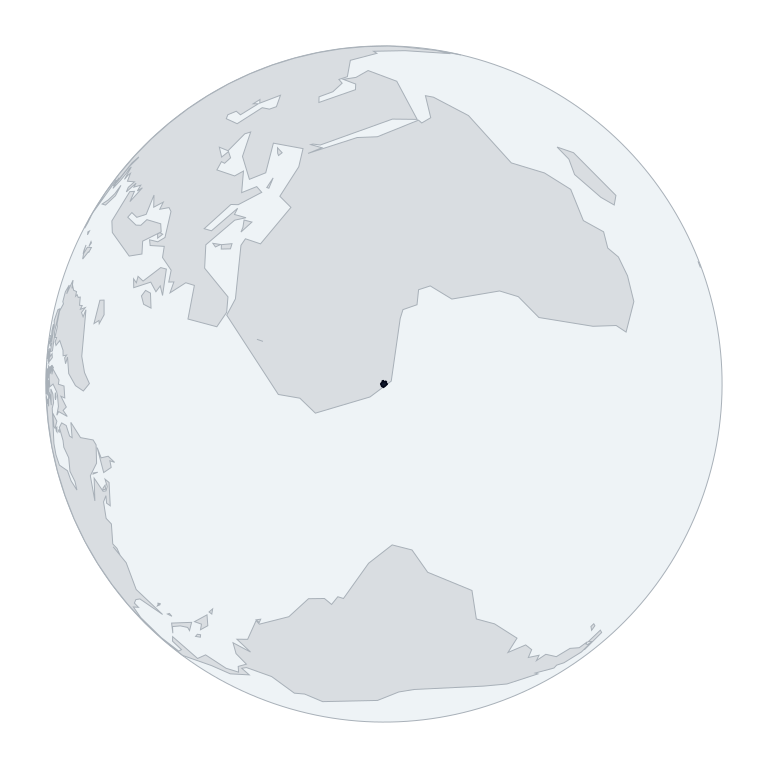 Sinoe on an orthographic globe, rotated 289°
{"feature_id": "LBR-782", "entity_name": "Sinoe", "entity_type": "County", "adm_level": 1, "iso_a3": "LBR", "parent_name": "Liberia", "parent_adm1": "", "projection": "orthographic", "projection_center": [-8.843, 5.349], "detail": "fine", "context": "on_globe", "style": "filled", "palette": "ink", "viewbox_px": 768, "rotation_deg": 289, "n_neighbors": 0, "source": "natural_earth", "source_scale": "10m", "svg_char_len": 9485}
<svg xmlns="http://www.w3.org/2000/svg" viewBox="0 0 768 768"><g transform="rotate(289 384 384)"><circle cx="384" cy="384" r="338" fill="#eef3f6" stroke="#a8b0b8"/><path d="M261.9,68.9L256.0,71.3L262.6,68.8L255.6,72.3L260.6,71.0L253.7,74.2L263.7,70.7L269.0,68.1L275.2,65.9L278.6,65.3L270.4,68.8L267.5,69.7L266.9,70.5L261.3,72.7L266.0,71.2L255.7,76.3L270.9,70.6L266.8,74.1L258.6,77.7L253.1,78.2L220.2,91.3L210.2,96.9L201.6,103.5L198.9,113.0L190.5,119.7L183.7,128.2L191.3,123.5L199.2,115.5L211.6,109.9L219.9,101.9L226.1,98.9L237.2,91.2L242.3,91.9L241.3,97.0L232.4,103.7L231.7,106.6L245.8,100.4L234.5,114.5L236.4,127.2L232.7,131.6L215.6,138.0L201.6,136.2L179.3,148.7L200.6,140.6L191.1,153.3L192.4,155.9L196.9,155.7L203.2,151.2L201.4,156.1L179.7,164.8L181.0,160.5L187.9,157.4L181.2,157.2L166.5,165.0L162.9,171.8L144.5,179.6L141.7,185.0L136.1,190.3L141.9,180.9L131.1,198.4L109.0,216.6L94.0,249.7L101.3,223.2L99.4,219.6L95.6,219.3L92.9,224.6L91.6,219.6L84.0,230.0L71.7,256.0L64.6,276.9L66.9,279.0L72.0,267.8L76.3,266.4L63.8,297.1L69.8,303.5L63.8,327.2L64.2,340.3L69.5,338.1L74.3,345.1L80.9,331.9L90.2,325.5L87.1,345.1L94.8,328.0L98.2,338.2L118.7,340.1L116.3,344.3L133.0,369.8L156.4,382.5L161.8,397.5L158.5,406.2L167.8,409.6L168.0,415.5L209.5,427.8L234.5,444.1L236.2,464.5L220.2,486.6L217.4,534.4L191.9,547.8L193.2,566.6L187.0,592.5L170.5,588.6L183.4,602.9L180.9,610.1L172.4,609.5L178.0,618.9L172.1,618.2L181.1,625.0L182.3,635.7L194.6,646.0L198.2,654.4L206.5,660.2L203.9,659.6L204.0,661.3L207.7,664.3L194.9,657.9L179.0,644.9L174.4,638.8L170.8,637.2L159.9,621.0L160.0,623.9L140.4,597.9L130.8,576.6L105.0,512.0L97.6,498.2L82.7,480.9L63.7,429.4L65.0,409.9L62.5,399.9L70.8,373.0L71.1,346.3L68.9,342.0L65.1,351.3L59.9,333.0L61.6,312.6L61.8,282.1L70.3,258.4L80.5,235.3L92.5,213.1L106.0,191.9L121.1,171.7L137.6,152.7L155.5,135.0L174.7,118.7L195.1,103.8L216.4,90.5L238.8,78.9L261.9,68.9ZM88.8,261.0L96.0,279.7L87.5,280.4L89.9,277.6L89.0,270.2L85.8,263.0L79.6,265.5L88.8,261.0ZM101.9,243.6L100.3,241.9L102.5,242.2L101.9,243.6ZM233.6,91.6L235.3,91.4L232.4,92.9L233.6,91.6ZM236.8,88.7L232.1,90.5L232.9,89.4L235.8,88.3L236.8,88.7ZM242.3,86.8L235.0,87.4L236.5,85.6L248.7,80.2L242.3,86.8ZM269.2,67.7L263.7,70.3L265.1,68.9L269.2,67.7ZM273.8,64.6L273.6,64.6L276.6,63.6L288.9,59.7L290.9,59.2L286.8,60.5L279.0,63.0L287.6,60.5L268.6,67.4L264.5,67.9L273.8,64.6ZM277.7,65.0L276.0,65.1L284.4,62.0L289.5,61.2L285.2,62.4L277.7,65.0ZM294.1,58.3L291.9,58.9L290.6,59.2L294.1,58.3ZM285.0,62.8L291.9,61.0L291.0,62.1L280.0,64.7L285.0,62.8ZM284.5,61.6L288.8,60.2L288.0,60.7L284.5,61.6ZM291.9,66.1L289.6,65.6L293.8,63.8L291.9,66.1ZM294.5,60.3L294.8,60.0L296.2,59.4L300.4,58.6L294.5,60.3ZM298.0,57.3L299.7,57.0L302.4,56.1L308.3,54.8L300.6,56.9L306.3,55.5L308.2,55.1L299.9,57.4L298.0,57.3ZM309.0,56.2L301.2,59.4L304.6,60.3L300.9,61.8L296.2,60.2L309.0,56.2ZM304.3,56.6L306.4,56.6L300.8,58.1L296.0,59.0L304.3,56.6ZM310.9,54.1L315.0,53.3L308.7,54.6L310.9,54.1ZM311.0,56.1L312.9,55.4L311.9,56.0L311.0,56.1ZM315.0,53.7L312.3,54.1L314.5,53.5L315.0,53.7ZM318.8,53.9L316.3,54.8L312.9,55.3L318.8,53.9ZM317.9,53.5L321.7,52.7L313.2,54.9L316.4,53.7L317.9,53.5ZM317.6,53.1L318.0,52.9L318.4,53.0L317.6,53.1ZM333.0,52.0L323.1,54.7L315.7,55.5L326.3,52.7L333.0,52.0ZM219.9,670.7L197.8,659.9L208.5,665.1L206.8,661.0L221.7,668.7L219.9,670.7ZM218.7,660.5L222.1,658.6L225.6,660.4L224.1,662.1L218.7,660.5ZM705.0,278.3L709.0,292.3L716.3,324.2L718.0,339.3L706.0,295.3L695.2,265.8L694.3,269.6L679.1,246.8L662.6,249.3L657.3,242.2L654.8,246.5L643.7,240.5L634.4,229.1L629.0,230.8L653.0,261.2L658.4,259.6L658.8,246.3L664.8,257.7L675.2,266.9L674.4,297.5L645.0,329.2L637.2,305.7L589.2,245.9L587.8,238.9L587.4,238.1L586.5,236.8L587.2,248.4L577.3,237.1L608.3,278.4L615.6,297.2L644.7,330.7L643.1,334.7L651.0,341.5L670.1,329.3L671.3,337.4L665.3,376.5L634.5,432.4L635.8,467.0L628.8,497.2L603.4,519.3L599.4,542.1L585.4,551.3L580.4,564.3L565.6,579.0L543.3,593.4L511.9,596.0L514.9,584.5L506.6,562.8L497.3,508.8L510.3,482.6L509.6,463.0L486.4,420.5L491.8,395.8L484.4,386.0L469.7,389.4L460.5,377.7L451.2,378.0L389.1,389.9L367.2,375.0L334.1,328.6L343.2,309.1L339.7,287.5L397.9,212.9L416.1,215.8L468.6,203.6L476.2,205.7L476.3,221.6L520.7,238.5L527.6,224.4L561.6,232.7L580.2,230.8L575.7,201.0L545.2,203.4L533.7,190.1L553.1,176.1L578.9,175.9L575.2,170.9L553.8,160.6L554.3,151.2L545.7,156.6L553.1,161.3L547.9,165.3L540.8,161.4L541.3,157.9L532.0,156.3L532.1,175.0L539.6,181.8L518.6,187.1L529.2,199.4L525.4,206.0L506.1,187.8L503.9,180.8L472.3,163.4L472.7,171.0L502.5,188.4L495.6,187.4L496.3,199.4L490.3,189.5L457.6,170.2L435.1,176.7L415.6,208.1L400.5,211.9L383.7,207.3L381.6,177.5L415.5,172.6L415.2,163.6L400.5,152.0L412.1,152.1L410.3,147.3L422.3,145.7L431.5,133.4L442.6,131.4L438.8,117.8L444.0,115.4L444.8,123.8L451.2,129.2L477.8,126.4L480.8,123.3L476.2,115.1L484.1,116.1L476.2,108.7L487.8,105.0L467.0,103.9L461.1,96.0L464.0,89.8L458.3,87.4L453.5,97.8L454.9,102.4L462.2,106.3L462.8,120.7L455.3,123.8L440.5,109.3L428.1,112.8L422.0,101.4L438.8,77.8L449.6,73.6L483.1,81.0L484.9,85.3L473.7,84.4L490.9,91.7L486.2,87.9L492.8,89.3L488.7,83.4L493.2,84.2L481.7,77.8L486.7,78.2L493.9,82.2L492.2,75.4L500.6,75.7L498.0,73.9L493.0,72.0L507.0,74.4L504.5,73.1L499.0,71.7L490.4,68.4L480.7,64.0L486.1,65.0L490.3,66.7L507.3,72.7L517.7,78.0L518.9,78.2L511.2,73.8L490.5,66.4L483.1,63.6L492.8,66.4L488.7,65.1L486.7,64.1L489.8,64.4L479.1,61.3L450.2,52.6L450.7,52.7L473.8,58.2L496.4,65.3L518.5,74.0L539.9,84.2L560.6,95.9L580.4,109.0L599.2,123.5L617.0,139.2L633.6,156.2L649.0,174.3L663.0,193.4L675.7,213.5L687.0,234.4L696.7,256.0L705.0,278.3ZM384.9,249.3L384.9,255.7L384.9,249.3ZM611.2,192.0L623.3,192.1L609.1,175.1L612.6,174.1L606.4,169.1L608.0,173.9L591.8,160.6L593.8,155.5L587.8,148.7L583.5,148.5L582.3,160.4L605.6,178.9L606.6,186.2L611.2,192.0ZM119.4,339.9L121.5,344.0L117.9,343.7L119.4,339.9ZM84.0,288.0L86.6,289.0L87.2,292.2L84.8,292.8L84.0,288.0ZM111.5,292.8L115.6,295.2L110.4,296.1L111.5,292.8ZM97.6,282.2L108.1,291.8L98.1,296.1L91.9,290.5L97.5,289.6L97.6,282.2ZM96.0,254.1L97.2,255.8L95.3,259.1L96.0,254.1ZM103.5,243.9L102.7,244.0L103.1,241.1L103.5,243.9ZM192.4,152.8L194.0,152.2L197.6,153.2L193.9,155.0L192.4,152.8ZM225.9,146.7L222.2,154.8L222.2,149.8L216.3,153.2L209.0,147.8L230.5,133.5L222.1,140.6L225.9,146.7ZM205.2,138.0L207.4,142.1L204.1,138.2L205.2,138.0ZM388.3,126.0L394.9,128.1L393.9,133.6L379.9,139.0L381.1,130.8L388.3,126.0ZM404.4,130.3L393.6,116.0L401.9,113.0L399.1,116.9L405.7,116.4L402.9,122.7L421.4,135.0L421.8,140.8L395.6,145.8L403.9,140.5L397.0,138.3L404.4,130.3ZM351.3,93.8L346.7,90.1L370.7,88.1L372.2,92.0L358.3,96.8L348.3,95.1L351.3,93.8ZM265.2,78.1L262.0,78.6L264.2,77.4L268.9,76.0L265.2,78.1ZM290.5,66.0L282.0,75.4L277.8,76.2L277.9,82.1L266.9,86.7L267.2,82.5L258.8,91.1L254.6,89.2L250.2,95.1L252.0,85.4L247.9,84.8L256.7,83.5L266.9,79.0L270.1,77.0L276.2,71.1L272.5,68.9L282.1,65.0L289.8,63.0L292.2,62.9L285.2,65.2L293.4,63.5L285.1,66.9L290.5,66.0ZM375.1,54.2L366.0,54.6L381.0,56.2L372.8,57.8L375.1,57.9L371.6,60.0L371.3,63.2L366.6,63.8L368.5,64.8L366.3,66.7L367.3,68.5L359.3,70.5L359.9,73.1L355.8,72.6L359.0,76.7L353.1,74.7L349.6,77.6L357.2,78.0L311.8,89.2L297.3,97.1L288.5,105.3L279.5,102.0L282.0,92.8L291.2,82.5L306.4,76.0L299.5,76.3L304.8,73.5L308.0,74.4L306.2,71.4L311.4,69.5L319.5,63.3L313.7,61.3L316.6,59.4L321.4,59.3L320.8,57.7L331.9,56.5L334.2,55.3L347.4,53.5L355.4,54.8L357.4,53.5L367.5,52.7L375.1,54.2ZM336.7,51.5L348.2,51.5L349.4,52.8L325.9,55.6L322.3,56.8L307.3,59.7L306.0,58.1L310.4,57.3L314.4,56.2L313.2,57.1L317.1,55.7L323.3,54.7L328.0,53.5L330.5,53.7L336.7,51.5ZM481.1,199.3L486.2,199.6L493.5,198.3L494.1,206.4L481.1,199.3ZM458.6,186.2L462.8,184.9L467.2,194.6L461.8,194.8L458.6,186.2ZM461.3,176.4L462.7,184.1L458.7,180.0L461.3,176.4ZM448.2,122.5L452.2,121.1L454.1,122.9L453.6,126.0L448.2,122.5ZM417.8,62.9L412.4,62.0L412.6,61.4L404.0,58.4L409.4,57.5L416.7,59.0L417.8,62.9ZM572.7,206.4L569.5,212.4L565.7,209.9L567.6,208.3L572.7,206.4ZM531.6,209.2L542.8,212.1L531.6,211.4L531.6,209.2ZM422.2,61.4L418.0,60.2L423.3,60.6L422.2,61.4ZM412.9,56.8L418.5,57.0L409.1,57.1L412.9,56.8ZM602.3,640.9L598.6,644.5L597.1,645.3L602.3,640.9ZM664.4,487.9L637.8,541.9L628.2,543.4L631.1,528.3L644.1,496.0L656.8,485.6L664.4,470.5L664.4,487.9ZM716.9,327.1L719.7,345.8L720.1,349.5L716.9,327.1ZM462.4,58.9L468.3,63.4L476.2,67.5L486.2,70.6L474.6,68.8L462.5,62.4L462.4,58.9ZM451.1,52.9L442.3,51.3L444.3,51.5L446.6,51.9L451.1,52.9ZM447.1,52.3L439.8,51.4L433.7,50.2L440.7,51.1L447.1,52.3ZM431.5,54.5L432.8,55.7L428.5,55.1L431.5,54.5Z" fill="#d9dde1" stroke="#a8b0b8" stroke-width="1"/><path d="M384.8,387.1L384.6,387.0L384.4,386.9L384.0,386.6L383.8,386.5L383.6,386.4L383.3,386.3L383.1,386.2L382.9,386.1L382.7,386.0L382.5,385.9L382.1,385.6L381.8,385.4L381.6,385.3L381.5,385.2L381.4,385.2L381.2,384.9L380.6,384.5L380.6,384.4L380.6,384.2L380.8,384.1L381.0,384.0L381.0,383.9L381.2,383.7L381.1,382.9L381.0,382.7L381.3,382.4L381.4,382.2L381.5,382.2L381.9,381.9L382.0,381.9L382.2,381.7L382.3,381.6L382.3,381.4L382.4,381.2L382.6,381.1L383.4,381.1L383.5,381.1L383.6,380.9L385.2,381.8L385.5,381.9L385.9,381.4L386.0,381.4L386.3,381.4L386.5,381.6L386.7,381.9L386.8,382.0L386.9,382.3L386.7,382.4L386.4,382.4L386.4,382.5L386.2,382.8L386.1,383.0L386.3,383.1L386.4,383.3L386.4,383.5L386.4,383.8L386.5,383.9L386.9,384.4L387.1,384.6L387.1,384.8L387.1,385.1L386.8,385.4L386.7,385.4L386.7,385.5L386.4,385.5L385.9,385.8L385.7,385.9L385.7,386.0L385.5,386.3L385.4,386.4L385.4,386.5L385.2,386.5L385.1,386.8L385.0,387.0L384.8,387.1L384.8,387.1Z" fill="#0f172a" stroke="#020617" stroke-width="1.5"/></g></svg>